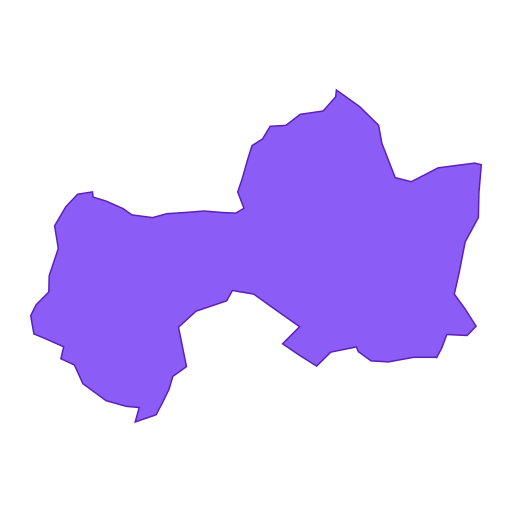 outline of Mamonia, Paphos, Cyprus
{"feature_id": "46923920B75791166452809", "entity_name": "Mamonia", "entity_type": "district", "adm_level": 2, "iso_a3": "CYP", "parent_name": "Cyprus", "parent_adm1": "Paphos", "projection": "equal_earth", "projection_center": [32.626, 34.767], "detail": "fine", "context": "isolated", "style": "filled", "palette": "violet", "viewbox_px": 512, "rotation_deg": 0, "n_neighbors": 0, "source": "geoboundaries", "source_scale": "gbopen_adm2", "svg_char_len": 1121}
<svg xmlns="http://www.w3.org/2000/svg" viewBox="0 0 512 512"><path d="M92.5,191.9L77.7,194.2L65.9,206.6L54.6,225.8L58.3,248.5L49.2,275.7L48.8,292.0L36.1,304.8L30.7,315.7L33.9,333.9L44.7,338.4L63.7,346.8L60.9,358.7L74.4,365.0L82.9,383.7L106.1,400.7L126.4,406.4L139.2,407.5L135.2,422.0L156.2,414.7L162.9,401.8L169.0,389.4L172.8,376.4L186.5,366.6L178.5,327.2L196.0,311.2L226.7,300.8L232.4,290.5L253.7,294.1L276.9,310.7L299.6,326.7L282.6,343.8L297.7,354.1L316.6,366.1L330.8,352.1L356.4,346.9L358.3,351.6L371.1,360.9L388.6,361.9L413.6,357.3L436.3,357.3L436.7,357.6L442.0,347.4L446.8,334.5L467.1,335.5L476.1,326.2L465.2,309.1L454.3,294.1L459.1,272.9L465.2,241.8L478.4,217.5L478.9,193.1L480.8,171.0L481.3,164.7L474.7,163.1L438.2,167.8L411.3,181.7L395.2,177.6L381.9,143.4L378.6,125.3L359.7,106.7L336.4,90.0L335.7,96.8L323.1,111.0L300.2,114.3L285.9,125.4L270.2,126.3L262.5,139.0L252.0,145.6L247.3,160.7L242.1,179.1L237.7,192.0L244.0,208.3L235.8,213.1L222.0,212.5L204.1,211.0L185.1,212.5L166.9,213.7L152.6,217.6L131.9,214.9L123.1,208.6L106.1,201.1L93.1,197.1L92.5,191.9Z" fill="#8b5cf6" stroke="#5b21b6" stroke-width="1.5"/></svg>